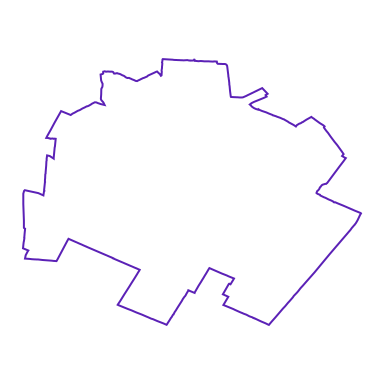 Patulele, Mehedinti, Romania (Robinson projection)
{"feature_id": "2599482B86573663182139", "entity_name": "Patulele", "entity_type": "district", "adm_level": 2, "iso_a3": "ROU", "parent_name": "Romania", "parent_adm1": "Mehedinti", "projection": "robinson", "projection_center": [22.803, 44.325], "detail": "fine", "context": "isolated", "style": "outline", "palette": "violet", "viewbox_px": 384, "rotation_deg": 0, "n_neighbors": 0, "source": "geoboundaries", "source_scale": "gbopen_adm2", "svg_char_len": 5767}
<svg xmlns="http://www.w3.org/2000/svg" viewBox="0 0 384 384"><path d="M166.6,324.8L167.0,324.3L167.5,323.4L169.7,320.0L170.9,318.0L171.2,317.6L171.6,317.2L171.8,316.8L172.5,315.6L172.9,314.9L173.1,314.6L173.5,314.5L174.6,312.2L175.8,310.5L177.5,307.7L181.9,300.8L182.8,299.1L184.2,297.1L184.6,296.6L185.2,296.0L185.8,295.0L186.4,293.8L187.7,291.6L188.1,291.0L188.3,290.3L193.1,292.3L194.6,292.9L194.7,292.5L198.6,285.7L201.2,281.6L202.2,279.9L203.1,278.5L205.1,275.1L205.9,273.9L206.0,273.7L208.6,269.3L209.4,268.1L222.0,273.6L226.9,275.5L228.3,276.2L234.0,278.5L233.4,279.6L230.5,284.3L229.2,283.7L228.8,284.0L222.9,294.3L227.3,296.3L228.3,296.8L223.4,305.0L228.8,307.2L232.2,308.6L233.2,309.0L235.0,309.9L239.9,312.1L241.8,312.9L242.2,313.0L243.4,313.6L246.4,314.7L249.4,316.3L252.5,317.4L253.0,317.7L254.0,318.1L253.9,318.2L256.2,319.1L259.1,320.5L261.5,321.6L264.6,322.9L266.6,323.8L267.5,324.3L268.9,324.9L271.4,321.9L275.4,317.4L283.0,308.5L285.1,306.3L288.0,302.8L289.5,301.2L292.8,297.4L293.8,295.9L296.9,292.7L298.1,291.3L300.5,288.2L302.9,285.6L305.5,282.6L314.6,272.3L320.8,264.8L329.6,254.2L350.6,229.7L351.7,228.1L352.3,227.4L353.2,226.4L354.0,225.4L354.6,224.9L354.8,224.5L355.7,223.4L356.5,222.1L357.6,220.2L360.1,214.9L361.0,213.4L360.6,213.0L354.9,210.7L343.2,205.6L337.3,203.2L335.3,202.3L334.4,202.4L333.7,202.2L333.5,201.7L331.4,200.6L328.5,199.4L325.4,197.8L323.8,197.2L322.4,196.5L320.3,195.5L320.0,194.8L318.7,194.3L318.1,194.1L316.9,193.4L316.5,193.1L316.5,192.8L316.9,191.9L317.0,191.5L317.2,191.1L318.2,190.3L319.3,188.9L319.7,188.1L319.8,187.5L320.6,186.8L321.7,185.3L322.6,184.7L324.2,184.2L325.2,183.9L326.1,183.9L326.7,183.3L327.1,183.1L339.4,166.6L343.6,161.1L345.8,158.1L345.6,158.0L345.3,158.4L345.2,158.4L344.8,157.7L342.1,156.0L343.6,154.1L342.3,152.2L337.3,145.2L334.5,141.8L330.4,136.3L328.1,133.0L326.1,130.6L324.2,128.0L323.9,127.3L324.1,127.1L324.6,126.4L323.5,125.4L319.8,123.1L314.3,119.1L314.2,118.9L312.0,117.5L311.4,116.9L306.0,119.9L305.8,120.1L304.3,121.0L303.3,121.8L302.0,122.3L301.6,122.7L300.3,123.4L299.7,123.5L299.2,123.7L296.8,125.2L295.9,126.5L293.7,125.0L288.7,122.3L288.0,121.7L284.3,119.6L284.1,119.4L282.8,119.0L280.2,117.8L277.0,116.7L276.4,116.4L275.2,116.0L273.7,115.5L273.0,115.4L272.6,115.0L269.0,113.6L266.3,112.4L262.1,111.0L259.7,110.0L258.4,109.2L258.1,109.7L257.4,109.4L256.2,109.1L254.0,108.1L252.4,107.0L251.5,106.3L251.1,105.6L249.8,104.5L251.3,103.3L252.0,102.9L254.0,101.9L263.6,98.0L266.6,96.6L265.6,95.1L267.6,93.8L262.2,88.1L249.1,94.5L247.8,95.1L246.3,95.9L242.8,97.4L240.2,97.5L237.7,97.3L234.9,97.2L231.4,97.0L230.9,96.9L230.8,96.6L230.6,95.3L230.2,92.2L230.0,90.5L229.6,86.1L229.3,84.4L229.3,83.3L229.0,80.5L228.8,79.2L228.6,77.5L228.4,76.8L228.3,75.2L227.3,67.1L227.1,65.8L226.6,64.9L226.0,64.4L225.0,64.0L224.6,64.0L222.8,64.0L217.8,63.8L217.3,63.4L217.1,63.1L216.9,62.7L217.0,62.2L216.8,61.5L215.8,61.5L213.9,61.4L213.2,61.6L209.3,61.4L208.4,61.3L203.9,61.3L203.1,61.2L202.1,61.1L201.7,61.1L201.0,61.0L198.4,61.2L195.7,60.9L194.7,60.9L194.5,60.7L194.5,60.0L194.5,59.7L194.2,59.6L193.9,60.0L193.4,60.4L193.1,60.5L190.4,60.6L190.0,60.4L189.7,60.5L189.1,60.5L188.2,60.3L187.4,60.1L184.3,60.3L183.0,60.3L173.9,59.9L172.6,59.7L162.8,59.1L162.5,59.4L162.4,60.9L162.0,62.6L162.3,63.1L162.3,63.7L162.2,65.1L162.0,66.8L162.0,68.0L161.6,70.3L161.6,70.7L161.8,71.7L161.7,72.9L161.6,74.1L161.6,75.0L161.5,75.4L161.4,75.5L160.9,75.8L159.7,73.9L159.4,73.6L158.8,73.3L158.0,72.4L157.1,71.5L156.2,71.8L153.9,72.9L149.7,74.8L148.2,75.5L147.6,76.0L147.1,76.5L143.9,77.9L143.5,78.0L143.3,78.0L140.4,79.4L139.7,79.8L138.3,80.4L137.1,81.1L135.7,80.9L135.2,80.7L134.6,80.3L132.0,79.3L131.1,78.8L130.5,78.6L129.0,77.9L127.4,78.0L126.6,77.7L125.6,77.2L124.6,76.3L123.8,75.8L122.2,75.2L120.6,74.3L120.2,74.1L119.2,73.8L117.9,73.5L117.3,73.2L116.8,73.3L116.4,73.2L115.6,73.5L114.1,73.6L113.8,73.3L113.5,72.5L113.3,72.2L112.6,71.8L112.2,71.7L110.9,71.6L110.2,71.7L108.3,71.5L107.2,71.5L106.5,71.7L106.1,71.7L105.5,71.6L105.2,71.4L104.7,71.3L103.7,71.6L103.2,71.7L103.1,72.8L103.2,73.5L102.5,74.0L101.6,74.2L100.6,74.5L101.1,80.2L101.2,80.6L101.7,81.9L102.2,83.0L102.4,83.3L102.6,83.8L102.5,86.1L102.2,87.3L101.5,88.4L101.3,89.1L101.2,94.2L100.9,98.3L100.9,98.9L101.0,99.4L101.4,100.2L103.1,102.1L103.5,102.7L104.6,105.0L100.4,104.0L99.4,103.6L97.9,103.1L96.3,102.4L94.8,102.3L91.8,103.8L90.9,104.5L90.0,105.0L89.2,105.5L87.7,106.2L86.6,106.4L84.8,107.4L82.4,108.5L80.1,109.9L79.2,110.3L77.8,110.8L74.5,112.7L72.6,113.6L70.7,115.0L61.1,111.1L54.6,122.6L50.8,129.7L47.3,135.9L46.3,137.9L48.2,138.0L48.6,138.2L49.4,138.3L49.9,138.4L50.1,138.7L50.4,138.8L51.0,138.7L52.3,138.5L52.8,138.5L53.5,138.8L54.0,138.7L55.0,138.7L55.7,138.8L54.9,146.8L54.7,147.2L53.7,157.7L53.7,158.6L49.7,156.0L47.1,155.4L46.6,159.0L46.7,160.1L46.4,161.4L46.2,165.5L45.6,172.6L45.6,173.5L45.3,174.3L45.2,176.5L45.2,177.0L45.1,178.8L45.0,179.1L45.0,179.5L44.9,181.3L45.1,182.0L44.9,182.5L44.1,190.1L44.1,190.4L44.4,190.7L44.4,191.0L44.0,191.5L43.8,192.7L43.4,195.4L38.3,193.1L27.6,190.8L24.8,190.2L24.1,190.9L23.3,193.7L23.3,204.0L23.9,220.7L23.9,227.6L24.0,227.9L24.2,228.2L25.1,228.7L24.6,233.7L24.4,236.3L24.2,237.7L24.4,237.9L24.3,238.7L23.9,241.3L23.7,242.0L23.4,244.5L23.2,246.6L23.0,248.3L28.3,250.5L27.6,251.6L25.7,255.2L25.3,257.2L25.0,258.6L29.4,258.9L31.9,259.2L35.0,259.4L38.3,259.5L42.6,260.0L52.0,260.7L53.5,260.9L56.5,261.1L57.7,259.0L67.4,240.7L68.5,238.8L87.8,247.3L113.2,258.2L113.1,258.4L139.7,269.8L139.3,270.6L138.0,272.6L137.5,273.5L134.6,278.2L131.1,283.7L129.5,286.3L124.3,294.4L120.4,300.7L118.2,304.0L117.7,304.8L118.8,305.3L127.9,309.0L131.6,310.4L136.2,312.4L141.9,314.6L147.2,316.9L148.2,317.3L151.3,318.7L152.8,319.1L157.2,321.0L163.4,323.4L166.6,324.8Z" fill="none" stroke="#5b21b6" stroke-width="2"/></svg>